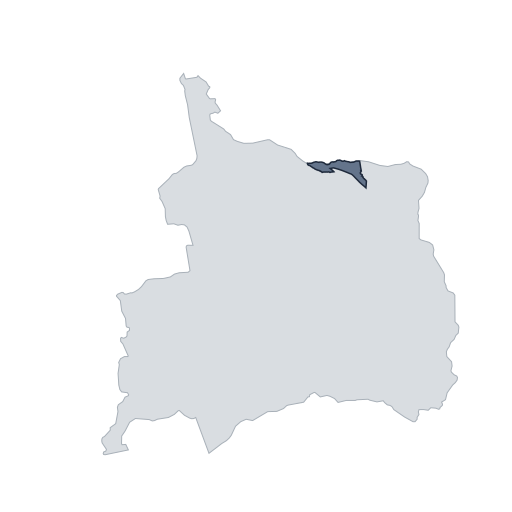 location of Bomongo, Équateur, Democratic Republic of the Congo, rotated 79°
{"feature_id": "63176286B36806520086654", "entity_name": "Bomongo", "entity_type": "district", "adm_level": 2, "iso_a3": "COD", "parent_name": "Democratic Republic of the Congo", "parent_adm1": "Équateur", "projection": "albers", "projection_center": [18.302, 0.781], "detail": "fine", "context": "in_parent", "style": "filled", "palette": "slate", "viewbox_px": 512, "rotation_deg": 79, "n_neighbors": 0, "source": "geoboundaries", "source_scale": "gbopen_adm2", "svg_char_len": 7358}
<svg xmlns="http://www.w3.org/2000/svg" viewBox="0 0 512 512"><g transform="rotate(79 256 256)"><path d="M440.7,339.8L403.0,346.0L403.7,348.1L403.4,350.3L402.5,352.0L398.7,356.6L393.0,360.8L393.0,361.8L395.9,366.4L397.8,372.8L397.4,384.0L398.2,387.0L398.1,389.3L396.2,392.0L392.5,405.4L395.1,411.8L402.7,417.8L407.1,422.2L414.5,423.8L415.7,423.5L416.1,419.8L422.0,418.3L422.3,442.0L421.8,443.4L420.8,443.7L419.3,442.9L418.9,440.7L417.3,439.7L410.1,442.7L408.2,442.7L406.2,442.2L404.8,441.0L404.3,439.2L399.2,432.3L396.7,431.9L393.8,425.7L382.4,421.2L378.0,420.9L375.7,419.5L373.5,414.6L369.6,411.5L368.8,408.0L368.0,407.5L365.7,408.2L363.8,413.8L361.2,415.1L356.5,415.3L344.9,413.8L336.5,410.9L334.3,411.1L331.0,408.6L329.6,404.3L330.3,401.0L329.7,400.5L317.0,403.4L314.0,405.1L311.1,404.7L310.2,403.8L311.5,401.5L310.8,399.0L309.9,397.9L306.1,397.0L304.9,394.4L302.6,394.0L301.9,394.4L301.3,396.2L299.9,396.8L292.4,396.0L284.5,398.3L273.9,397.7L268.9,400.6L268.2,400.5L267.1,399.1L266.1,394.5L266.6,393.3L268.2,392.4L268.7,390.6L268.2,385.9L268.6,384.8L268.0,382.0L266.4,377.7L264.2,374.2L259.4,368.9L258.5,366.4L258.9,360.5L260.4,351.0L260.2,344.0L258.2,339.5L257.8,334.6L259.0,325.7L257.8,323.6L233.9,322.9L232.8,322.3L232.4,321.0L233.5,315.8L218.9,317.1L214.5,318.1L211.8,320.3L210.9,323.0L210.9,326.8L208.7,330.5L208.0,336.7L204.0,337.4L200.0,337.4L192.2,336.1L184.6,337.8L180.9,339.5L178.9,338.7L172.1,339.3L171.3,338.9L163.5,326.6L160.0,322.5L159.4,320.5L159.7,318.6L158.7,316.1L155.1,309.8L154.4,306.8L154.6,302.2L154.2,300.7L151.0,296.7L148.8,295.4L146.4,294.7L107.4,295.1L94.5,294.3L85.1,294.8L80.4,294.5L79.0,293.9L74.7,294.7L72.5,296.3L69.1,297.2L67.0,296.8L63.0,292.2L68.5,291.5L68.9,291.0L69.3,280.0L67.9,278.5L70.8,276.6L75.6,271.8L80.3,270.1L80.9,269.1L81.9,269.2L83.5,271.2L87.5,273.9L92.5,271.6L93.0,270.9L93.7,266.2L94.9,265.8L97.0,266.8L98.2,266.8L100.4,265.5L106.7,263.1L108.6,266.2L106.9,268.9L107.6,270.8L107.8,273.8L108.8,274.5L113.8,274.9L115.2,274.1L125.2,263.4L127.8,262.1L132.0,257.8L137.5,255.9L139.9,252.5L143.1,246.4L144.6,237.7L144.1,222.5L144.5,220.5L151.2,213.6L158.0,201.2L162.7,198.0L166.1,196.7L171.5,192.1L175.7,187.6L175.2,182.1L176.2,177.5L178.5,171.7L179.2,165.6L178.4,159.1L178.8,153.8L181.9,145.3L182.2,135.6L185.0,127.5L190.7,117.2L193.3,109.5L192.8,101.9L193.6,96.3L193.3,93.0L192.2,90.1L192.8,88.3L194.9,87.6L197.6,84.8L202.3,77.3L207.5,73.7L211.0,72.5L214.8,72.6L217.2,73.3L221.1,76.2L225.7,78.5L229.0,81.4L232.4,85.9L240.4,86.9L243.8,88.6L245.9,89.2L246.7,88.7L248.4,89.0L252.1,90.3L255.2,89.6L270.0,92.5L271.7,91.0L275.8,83.2L278.9,80.5L283.9,80.2L287.9,81.7L290.0,81.7L308.2,74.9L310.5,74.6L317.2,76.1L321.5,75.1L323.2,75.4L326.9,74.2L329.9,69.5L332.4,68.3L358.6,73.2L362.6,70.7L364.5,70.4L370.3,72.2L372.1,75.0L375.6,77.4L378.2,81.5L382.1,83.8L384.0,85.9L386.3,87.4L391.1,87.9L397.1,84.2L401.4,84.5L405.7,86.5L407.2,86.4L410.4,84.2L412.1,81.9L413.7,81.4L416.2,82.3L418.3,84.5L420.2,87.6L426.8,94.5L433.2,97.4L434.8,101.7L437.1,101.2L438.2,101.6L439.9,104.3L441.1,104.8L441.3,106.0L439.7,108.5L438.3,113.4L440.3,116.4L438.7,120.8L437.9,125.3L440.0,126.4L442.7,126.3L445.1,128.6L447.0,129.0L449.0,131.5L448.6,133.5L442.4,140.9L433.1,150.0L430.0,151.2L428.3,152.8L427.2,155.5L424.5,157.7L422.4,158.7L422.3,165.1L419.2,171.9L418.0,173.3L416.4,184.3L416.7,186.1L415.0,195.1L415.4,203.4L410.9,206.1L407.8,210.2L406.4,213.0L406.6,219.8L401.4,224.0L401.0,224.9L402.4,229.7L404.3,230.4L404.3,232.0L408.6,237.1L408.5,252.8L408.7,254.4L411.0,258.1L412.5,265.2L411.0,274.2L416.9,290.7L414.4,296.8L415.7,302.6L419.2,308.6L427.3,314.5L429.5,316.9L431.6,320.2L433.5,325.3L440.7,339.8Z" fill="#d9dde1" stroke="#a8b0b8" stroke-width="1"/><path d="M182.8,180.2L183.0,180.0L183.1,179.7L183.4,179.1L183.7,178.8L183.8,178.7L183.9,178.1L184.0,177.8L184.4,177.5L184.4,177.3L184.5,177.2L184.7,176.9L184.9,176.9L185.1,176.7L185.1,176.4L185.4,176.2L185.5,176.1L185.5,175.9L185.6,175.7L185.8,175.6L186.2,175.2L186.3,175.2L186.5,175.2L186.6,174.7L186.5,174.4L186.5,174.1L186.5,173.5L186.7,172.4L186.8,172.2L186.8,171.8L186.9,171.6L186.9,171.3L186.9,171.0L187.1,170.6L187.3,169.6L187.2,169.3L187.2,169.1L187.2,168.9L187.3,168.7L187.5,168.4L187.5,168.2L187.7,167.8L187.9,167.7L187.9,167.4L188.1,167.3L188.1,167.1L188.0,166.9L188.0,166.7L188.0,166.4L188.0,166.2L188.0,165.8L188.0,165.7L188.0,165.3L188.0,165.1L188.1,164.8L188.2,164.6L188.1,164.3L188.2,163.8L188.2,163.6L188.2,163.4L188.0,163.5L187.6,163.8L187.3,164.0L186.7,164.5L186.4,164.7L184.2,166.5L184.3,163.0L185.8,160.0L186.6,158.4L188.5,155.1L189.9,152.9L191.5,150.4L193.1,148.0L193.5,147.2L194.6,146.0L196.3,144.8L197.9,143.8L199.0,143.1L200.0,142.4L202.3,140.9L203.3,140.3L206.1,138.2L207.8,136.8L208.7,136.1L210.1,135.1L207.3,134.3L203.5,133.3L203.2,133.5L202.9,133.6L202.5,133.9L202.3,133.9L202.2,134.0L201.8,134.4L201.7,134.4L201.6,134.6L201.4,134.8L201.2,134.9L200.9,134.9L200.8,135.1L200.4,135.4L200.3,135.5L200.1,135.6L199.9,135.7L199.5,135.8L199.4,135.9L199.2,135.9L198.9,135.9L198.9,136.0L198.7,136.0L198.4,136.1L198.3,136.3L198.2,136.3L198.1,136.2L198.0,136.3L197.9,136.4L197.6,136.4L197.4,136.4L197.4,136.5L197.3,136.4L197.2,136.4L196.9,136.3L196.6,136.5L196.5,136.4L196.4,136.5L196.2,136.5L196.0,136.8L195.7,137.1L195.6,137.4L195.4,137.7L195.2,137.8L194.9,137.8L194.7,137.8L194.4,137.8L194.3,137.6L194.2,137.5L193.9,137.5L193.8,137.3L193.6,137.2L193.4,137.1L193.2,137.0L193.0,136.9L192.9,136.9L193.0,136.8L192.9,136.6L192.8,136.4L192.7,136.4L192.2,136.4L191.7,136.4L191.2,136.4L190.3,136.4L189.0,136.4L187.2,136.3L186.7,136.3L184.1,136.2L182.8,136.2L182.7,136.2L182.6,136.6L182.4,136.9L182.4,137.3L182.3,137.5L182.3,137.9L182.1,138.3L182.1,138.8L182.0,139.0L181.9,139.5L181.9,139.9L182.1,140.3L182.1,140.7L182.2,141.1L182.3,141.3L182.4,141.9L182.5,142.4L182.5,142.7L182.3,142.9L182.3,143.4L182.4,143.7L182.3,144.0L182.2,144.2L182.2,144.4L182.2,144.9L182.1,145.2L182.1,145.6L182.1,145.8L182.0,146.0L181.5,146.5L181.4,146.8L181.2,147.0L181.0,147.5L180.9,148.0L180.5,148.9L180.3,149.3L180.2,149.7L180.2,149.9L179.3,151.1L179.5,151.5L179.6,151.8L179.6,152.2L179.7,152.4L179.6,152.8L179.3,153.3L179.3,153.5L179.0,153.9L178.4,154.5L178.0,155.1L178.0,155.3L177.9,155.6L177.7,155.9L177.8,156.2L177.8,156.6L177.7,157.0L177.6,157.5L177.6,157.8L177.9,158.8L178.1,159.0L178.3,159.3L178.4,159.5L178.5,159.7L178.5,159.9L178.5,160.2L178.6,160.7L178.4,161.5L178.6,162.1L178.4,162.4L178.3,162.6L178.3,162.8L178.2,163.1L178.2,164.0L178.3,164.4L178.3,164.5L178.5,164.9L178.8,165.2L178.8,165.3L179.5,166.0L179.8,166.4L179.8,166.5L179.9,167.0L180.0,168.2L179.9,168.3L179.9,168.6L179.8,169.0L179.6,169.5L179.3,169.9L179.2,170.0L178.6,170.6L178.2,170.9L177.8,171.2L177.6,171.4L177.6,171.5L177.1,172.1L177.0,172.5L176.7,172.9L176.4,173.5L176.2,174.3L176.1,174.8L176.0,175.4L176.0,175.6L175.9,176.1L176.1,176.4L175.6,177.5L175.5,177.8L175.2,178.4L175.0,179.0L174.9,179.6L175.0,180.3L175.0,180.5L175.0,180.8L175.0,181.2L175.1,182.0L175.4,182.7L175.4,182.8L175.5,183.2L175.5,184.2L175.5,184.5L175.3,185.3L175.2,185.4L175.1,186.6L174.9,187.4L174.7,187.8L175.2,187.9L176.1,187.7L176.3,187.7L176.9,187.0L177.1,186.9L177.4,186.1L177.7,185.7L178.4,185.1L178.6,184.9L179.0,184.5L179.3,184.2L179.5,184.0L179.9,183.6L180.3,183.3L180.4,183.2L180.6,182.7L181.2,182.1L181.5,181.8L181.8,181.6L182.1,181.3L182.4,180.8L182.7,180.3L182.8,180.2Z" fill="#64748b" stroke="#1e293b" stroke-width="1.5"/></g></svg>